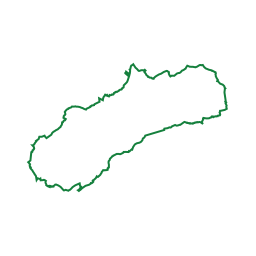 outline of Dealu, Harghita, Romania, rotated 44°
{"feature_id": "2599482B29353811741057", "entity_name": "Dealu", "entity_type": "district", "adm_level": 2, "iso_a3": "ROU", "parent_name": "Romania", "parent_adm1": "Harghita", "projection": "orthographic", "projection_center": [25.317, 46.415], "detail": "fine", "context": "isolated", "style": "outline", "palette": "green", "viewbox_px": 256, "rotation_deg": 44, "n_neighbors": 0, "source": "geoboundaries", "source_scale": "gbopen_adm2", "svg_char_len": 5759}
<svg xmlns="http://www.w3.org/2000/svg" viewBox="0 0 256 256"><g transform="rotate(44 128 128)"><path d="M85.6,224.7L87.5,224.9L88.7,224.9L89.6,225.3L92.6,225.9L93.0,226.2L94.3,226.3L95.3,226.6L98.4,228.9L98.0,226.9L99.9,226.0L100.3,225.7L100.3,225.4L101.5,226.3L103.1,224.5L103.5,223.7L104.5,223.3L105.7,223.1L105.8,223.6L106.7,224.7L108.6,225.4L108.9,225.9L110.6,225.7L111.1,225.5L110.7,225.4L110.9,225.1L111.3,225.1L111.6,224.2L112.5,223.9L112.4,223.6L112.5,223.5L113.3,223.2L113.5,223.7L115.0,222.0L114.6,221.6L114.9,221.1L115.0,219.2L115.6,218.6L117.9,217.7L120.4,217.2L125.0,217.5L125.3,217.4L126.1,215.8L128.7,214.5L128.8,213.4L129.2,212.8L129.3,210.7L129.2,209.1L129.9,205.8L131.7,201.4L132.3,201.8L132.3,202.0L132.5,202.3L132.9,202.4L133.6,202.9L135.0,202.8L135.3,204.4L135.4,205.3L135.6,205.4L135.9,206.4L135.8,206.8L135.6,206.9L135.6,207.1L135.4,207.2L135.3,207.5L136.4,207.4L136.4,206.6L136.7,205.8L136.8,203.2L137.6,199.1L139.4,195.9L139.8,194.3L139.5,193.4L140.2,193.0L140.4,192.2L140.4,190.9L139.3,190.7L139.2,190.1L139.5,190.0L139.6,189.8L139.5,188.6L139.7,186.6L139.2,184.7L139.8,184.8L140.1,183.7L140.4,183.7L140.6,181.0L140.3,179.8L140.2,178.9L139.6,177.7L139.7,177.4L139.4,175.6L140.0,175.2L140.1,174.9L140.8,174.5L141.1,173.9L142.1,172.9L142.4,172.1L141.7,171.7L141.3,171.0L141.3,170.4L141.6,170.2L141.4,169.8L141.5,169.5L139.7,167.6L138.2,166.6L137.2,165.4L137.0,163.5L136.4,162.8L136.4,161.7L136.5,160.5L136.3,159.2L136.6,158.8L136.7,158.5L136.6,157.8L137.1,157.1L137.3,156.2L137.9,154.5L139.4,153.0L140.3,152.5L140.7,152.1L141.7,149.4L141.5,148.3L142.0,148.0L142.4,147.3L145.0,145.0L144.7,144.0L145.3,143.8L145.5,140.6L146.0,140.5L144.9,138.1L144.4,135.4L144.4,134.7L145.0,132.8L146.5,130.5L147.0,128.7L146.8,126.7L146.0,125.3L146.0,125.0L146.3,124.0L146.2,122.8L145.7,121.5L155.4,104.3L154.9,103.9L154.6,103.2L156.6,100.6L157.3,98.8L158.1,98.3L158.4,97.9L158.6,97.2L158.4,96.6L158.6,96.0L159.8,93.1L161.0,92.7L161.5,92.4L162.4,91.0L163.0,89.7L163.4,89.4L164.2,85.0L164.5,84.3L165.8,83.8L166.2,83.5L166.6,83.5L167.0,83.0L167.3,83.1L168.2,82.3L168.4,82.3L168.6,82.0L169.1,82.1L169.5,81.8L169.6,81.3L170.0,81.3L170.9,80.2L171.3,80.1L171.4,79.5L171.8,79.4L172.0,78.3L172.4,78.1L172.5,77.3L173.0,77.0L173.2,76.3L173.7,76.1L174.0,75.7L174.0,75.4L174.5,75.2L175.0,74.3L175.3,74.0L176.7,73.2L177.2,73.3L178.3,73.1L178.3,72.9L177.4,72.7L176.9,72.3L176.7,72.0L176.5,70.7L175.9,69.6L175.9,69.3L175.4,69.1L175.2,68.4L177.8,66.6L179.5,64.8L180.2,63.0L180.6,62.4L180.3,62.0L180.2,61.6L180.4,61.2L181.7,60.9L181.6,60.5L182.0,60.4L182.7,58.9L183.4,58.5L183.8,57.7L183.9,57.2L184.3,57.1L184.2,56.6L185.3,55.0L184.8,54.1L184.2,53.9L183.8,53.4L183.1,53.2L182.7,52.2L182.3,51.7L182.7,51.3L185.0,47.8L185.7,45.6L183.9,44.4L183.3,43.3L181.2,42.6L181.0,41.4L180.8,41.3L179.9,41.6L179.5,41.4L179.4,40.6L172.8,35.5L172.2,34.8L171.0,33.2L170.4,32.5L170.5,31.9L169.4,31.8L169.1,31.5L168.0,31.0L166.0,31.0L163.5,32.1L160.1,31.9L159.6,32.3L159.1,31.3L159.2,31.0L157.4,30.6L155.2,29.8L154.4,29.0L153.6,28.6L153.2,27.6L152.1,27.1L151.5,27.6L150.3,27.7L148.7,28.5L148.6,28.3L147.6,28.7L145.9,29.8L142.4,31.2L140.0,31.2L138.0,30.7L137.1,32.0L136.6,32.1L135.8,33.0L135.1,35.9L134.6,36.9L134.5,37.3L134.2,37.4L133.6,38.0L132.3,38.8L129.9,41.0L127.8,41.8L127.4,42.0L127.7,43.8L128.2,45.4L127.9,46.0L127.9,46.6L127.6,47.9L127.0,49.2L127.1,51.4L126.9,52.3L126.7,52.8L126.2,53.3L125.4,54.7L125.0,58.3L123.1,60.0L122.7,61.4L122.1,61.2L121.9,61.4L121.3,61.3L120.4,60.8L119.8,60.7L118.6,59.4L118.2,59.4L117.6,59.7L116.7,59.7L116.2,60.0L115.9,60.5L114.8,62.9L114.1,65.9L113.1,67.9L112.3,70.8L112.0,72.2L111.9,74.5L112.2,74.7L112.1,74.9L111.6,74.9L111.5,75.3L111.0,75.4L110.9,75.6L109.6,75.7L108.9,76.5L108.3,76.8L107.5,76.9L107.0,77.2L106.9,77.0L106.7,77.1L106.0,76.9L104.8,77.2L103.0,76.6L100.8,76.3L100.7,74.5L99.6,74.5L99.5,75.3L97.8,76.8L97.3,77.4L96.6,78.9L95.9,79.5L93.4,79.3L91.5,79.4L87.5,78.5L87.5,79.3L87.0,80.9L87.4,81.9L88.7,84.0L88.8,84.2L88.6,84.8L89.6,85.2L90.1,85.7L90.8,87.0L91.1,87.0L91.9,88.4L87.5,88.8L88.0,89.7L87.8,90.0L87.8,90.3L88.0,90.5L92.9,90.2L94.7,93.9L95.3,95.4L95.4,96.2L95.4,97.7L95.3,100.1L95.6,100.7L96.4,101.5L96.6,101.9L96.5,102.6L96.2,103.1L96.2,103.5L96.2,104.0L96.6,104.4L96.6,104.8L95.6,106.2L95.4,107.1L95.6,107.5L95.5,107.8L95.3,108.3L95.1,109.5L94.4,110.0L94.4,110.5L94.1,110.7L94.2,111.2L93.8,111.6L93.9,112.1L93.6,112.5L93.9,113.4L94.2,113.7L94.2,114.1L93.7,114.5L93.6,114.9L93.1,115.1L93.0,115.5L93.1,115.9L92.4,116.9L91.8,117.1L91.9,117.6L92.3,117.9L92.4,118.5L90.2,119.5L90.0,119.2L89.9,119.5L89.5,119.6L88.9,119.5L88.4,119.9L88.8,121.0L88.8,121.8L89.0,122.9L89.6,124.1L90.6,125.5L86.6,126.7L89.3,128.9L87.5,133.8L87.4,134.6L87.7,135.1L87.0,136.2L86.4,136.7L86.4,137.5L86.0,138.1L85.9,138.8L86.3,139.1L84.8,142.9L85.0,143.9L83.4,144.7L81.5,145.2L80.4,145.8L78.8,146.4L77.1,147.5L75.8,148.7L75.2,148.9L74.4,150.0L73.4,151.0L72.8,151.4L72.8,152.7L71.5,155.2L71.8,155.7L71.2,156.9L71.1,157.6L71.2,158.2L71.2,159.3L71.4,160.4L72.1,160.7L73.4,161.6L73.6,162.7L73.4,163.1L73.5,163.4L73.5,164.0L74.5,165.5L77.0,164.8L77.2,165.5L77.3,166.1L77.3,166.4L76.7,167.2L76.9,168.2L77.2,169.1L76.7,169.7L78.0,171.4L78.2,172.0L78.4,173.4L78.8,174.4L78.5,175.1L78.4,177.7L77.7,179.6L77.3,181.7L77.0,182.3L76.9,184.2L77.5,186.1L76.4,191.9L74.3,191.8L73.3,191.5L72.1,194.1L70.3,195.9L71.4,198.0L70.8,201.1L71.3,201.2L71.4,203.1L71.8,204.4L71.7,205.6L72.1,206.1L72.0,206.4L71.4,206.9L73.6,207.1L74.7,207.9L74.7,208.3L75.0,208.6L74.9,209.0L74.9,209.3L75.1,209.5L74.9,210.3L75.2,210.5L75.3,211.4L75.5,211.5L75.4,211.7L75.6,211.9L75.5,212.2L75.7,212.3L75.7,212.6L75.4,212.7L75.5,212.9L80.4,219.2L80.0,221.9L82.7,222.1L83.0,223.0L83.3,223.2L83.8,223.6L84.3,223.6L85.2,223.9L84.9,224.3L85.6,224.7Z" fill="none" stroke="#15803d" stroke-width="2"/></g></svg>